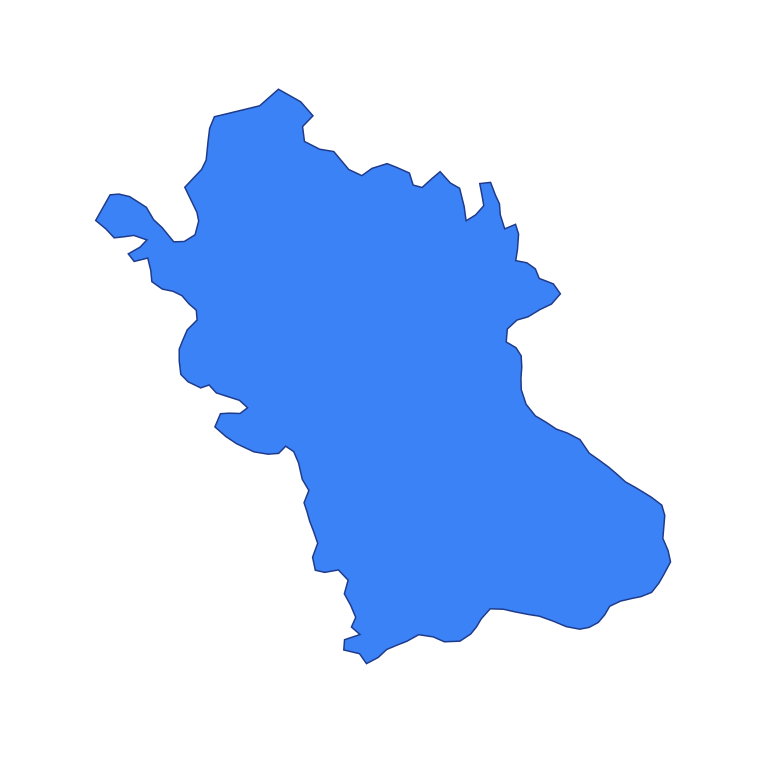 Grupiara, Minas Gerais, Brazil (Albers equal-area conic projection), rotated 7°
{"feature_id": "56859067B48235881193791", "entity_name": "Grupiara", "entity_type": "district", "adm_level": 2, "iso_a3": "BRA", "parent_name": "Brazil", "parent_adm1": "Minas Gerais", "projection": "albers", "projection_center": [-47.765, -18.488], "detail": "fine", "context": "isolated", "style": "filled", "palette": "blue", "viewbox_px": 768, "rotation_deg": 7, "n_neighbors": 0, "source": "geoboundaries", "source_scale": "gbopen_adm2", "svg_char_len": 2336}
<svg xmlns="http://www.w3.org/2000/svg" viewBox="0 0 768 768"><g transform="rotate(7 384 384)"><path d="M400.7,663.7L411.6,656.1L419.1,647.1L428.0,642.0L438.0,636.6L449.0,628.6L463.6,629.0L475.4,632.5L490.7,630.0L500.5,621.6L505.3,614.0L509.2,605.1L516.8,594.2L529.9,593.0L541.7,594.2L556.1,595.2L566.4,595.5L580.6,598.7L594.5,602.6L608.1,603.5L617.2,600.6L625.7,594.6L631.2,586.2L635.1,577.1L645.1,570.7L656.3,566.6L665.0,563.7L675.0,558.2L681.1,548.1L684.9,539.1L690.1,525.7L686.3,514.8L679.6,503.3L678.7,480.3L674.5,470.4L663.2,463.8L647.9,456.8L635.5,451.7L627.0,445.7L617.2,439.2L607.6,433.8L596.2,427.7L585.3,415.3L572.2,410.4L560.4,407.7L549.5,402.2L538.1,397.2L527.5,386.8L520.9,372.8L519.2,361.3L518.7,350.4L516.7,339.3L510.6,331.9L500.2,327.4L499.7,314.4L508.2,304.3L518.7,299.8L529.6,291.2L540.5,284.2L548.1,273.0L539.9,264.0L525.2,260.3L520.2,251.3L511.1,246.3L499.7,245.5L500.1,234.0L499.3,218.8L495.1,209.5L484.9,215.3L478.8,201.9L476.6,191.0L471.6,183.0L465.2,170.9L454.6,173.4L458.5,185.5L461.3,194.9L454.3,205.0L445.6,212.0L441.9,198.0L438.6,189.4L435.2,180.5L425.3,176.4L413.8,166.4L406.4,174.4L397.9,184.3L388.7,183.0L383.5,171.5L369.9,167.4L360.2,164.9L345.7,171.5L336.6,179.9L322.9,175.4L305.8,159.4L291.5,158.8L275.5,153.0L271.8,138.4L280.8,126.5L267.0,114.1L243.3,104.3L226.7,123.0L183.1,139.4L179.8,151.5L179.8,164.9L180.2,183.4L176.8,193.3L162.3,213.0L177.4,236.4L180.2,244.9L178.3,258.9L168.4,266.9L158.0,268.5L144.7,255.8L135.3,249.0L126.6,237.6L108.7,229.0L97.8,227.8L89.1,229.6L77.9,256.8L89.1,264.0L98.4,271.8L108.2,269.5L117.6,267.0L131.1,269.9L125.2,277.9L114.3,286.0L121.1,292.8L134.2,287.8L138.7,299.8L141.1,310.7L152.3,316.8L163.2,317.7L172.6,320.9L180.8,328.3L188.7,333.7L190.7,343.2L182.1,354.3L178.9,365.2L176.5,374.4L178.0,386.3L181.2,399.3L189.3,405.7L202.6,410.2L210.5,406.3L218.7,413.3L230.7,415.6L242.5,417.8L251.5,424.2L244.7,430.8L234.0,431.8L225.3,433.4L221.4,447.2L233.4,455.4L244.9,461.2L254.3,464.3L263.2,467.2L277.4,467.8L287.9,465.7L294.0,457.7L302.7,462.2L308.8,472.7L314.5,488.6L322.4,498.8L319.1,511.6L323.0,519.8L326.9,529.1L332.0,538.7L337.6,550.2L334.2,564.6L338.5,577.2L348.1,578.2L361.4,574.1L372.3,583.1L370.2,597.1L377.8,607.6L384.4,619.1L381.3,629.2L390.7,635.6L376.0,642.6L376.5,652.9L392.6,654.7L400.7,663.7Z" fill="#3b82f6" stroke="#1e3a8a" stroke-width="1.5"/></g></svg>